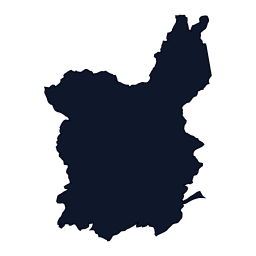 outline of Saboeiro, Ceará, Brazil
{"feature_id": "56859067B30594238017087", "entity_name": "Saboeiro", "entity_type": "district", "adm_level": 2, "iso_a3": "BRA", "parent_name": "Brazil", "parent_adm1": "Ceará", "projection": "mercator", "projection_center": [-39.88, -6.458], "detail": "fine", "context": "isolated", "style": "filled", "palette": "ink", "viewbox_px": 256, "rotation_deg": 0, "n_neighbors": 0, "source": "geoboundaries", "source_scale": "gbopen_adm2", "svg_char_len": 5548}
<svg xmlns="http://www.w3.org/2000/svg" viewBox="0 0 256 256"><path d="M176.0,16.0L176.1,17.9L177.2,19.2L176.7,20.7L176.7,22.3L175.7,24.0L175.0,25.3L174.2,26.4L173.7,27.7L172.9,29.2L172.5,31.2L170.2,32.9L168.0,33.3L167.9,34.8L167.4,36.0L167.0,38.2L168.0,40.0L166.8,41.8L165.1,41.6L163.5,41.4L163.1,43.4L162.1,45.5L162.2,47.1L161.0,49.4L161.5,51.7L159.9,52.8L158.1,52.5L156.8,53.7L155.0,54.5L154.6,56.5L156.5,57.8L156.7,59.7L157.1,61.3L156.3,64.4L155.6,65.4L155.3,67.1L153.6,68.5L153.0,70.2L151.9,71.6L151.0,73.3L149.8,75.5L150.9,76.8L150.8,78.7L149.7,80.7L148.8,81.8L147.2,83.1L144.7,83.1L142.3,82.7L140.4,83.4L138.3,84.1L136.2,85.5L134.1,85.5L132.0,85.5L130.6,86.6L129.2,87.4L128.2,85.4L126.0,85.4L124.5,84.9L122.8,84.4L121.1,83.4L119.8,82.7L118.1,82.6L117.5,81.2L115.9,80.6L116.7,79.3L115.3,75.7L113.2,75.9L112.2,74.7L110.8,74.4L109.0,73.6L106.8,72.2L105.5,71.4L104.1,72.0L102.8,71.9L101.4,71.8L100.2,72.3L98.7,72.9L96.8,73.8L94.8,74.0L93.6,74.7L92.5,73.3L91.4,71.8L89.9,71.6L88.3,70.5L87.0,69.8L85.5,69.7L84.4,70.5L82.6,71.6L81.4,72.6L79.2,72.4L77.5,72.2L76.1,71.3L75.3,72.6L74.1,72.0L72.6,71.7L71.1,70.6L68.9,71.6L66.6,73.2L65.0,74.2L64.1,75.5L64.8,77.4L61.2,79.8L61.2,81.1L60.8,82.7L59.5,84.0L58.1,85.2L56.9,86.1L54.9,87.2L54.3,85.6L52.8,85.3L51.0,86.4L49.9,87.8L48.4,88.0L46.6,87.7L45.0,87.5L45.6,89.1L45.3,90.8L45.0,92.5L46.2,95.2L47.0,97.0L47.7,98.7L48.1,100.5L49.0,102.3L50.5,103.7L51.8,104.1L52.9,104.7L53.5,106.2L54.4,108.6L55.5,110.1L57.4,111.3L59.7,111.8L61.7,112.6L63.5,113.7L64.8,114.7L65.9,115.7L67.5,116.2L69.2,118.0L69.7,120.3L67.5,120.7L65.7,120.2L63.9,121.2L62.7,122.8L61.5,124.7L61.1,126.1L60.3,127.2L60.8,128.5L60.1,130.6L60.4,132.1L61.4,133.8L59.8,135.0L58.5,136.6L57.8,138.5L58.5,140.5L57.0,141.9L57.4,143.5L58.3,144.4L57.8,145.7L56.5,147.0L56.9,148.2L57.2,149.9L58.4,151.6L60.1,152.9L59.5,154.7L59.6,156.3L61.0,157.3L62.5,159.2L64.0,160.5L64.5,164.1L67.5,164.5L68.6,165.5L68.5,167.7L67.4,169.4L66.8,171.6L67.1,172.9L69.0,174.6L68.9,177.5L70.1,180.0L70.3,181.3L70.7,183.2L68.9,184.3L67.0,185.2L65.8,185.9L64.6,186.7L65.2,188.2L67.1,188.5L68.7,188.9L68.0,190.1L65.9,191.4L64.1,192.2L61.3,194.2L59.5,195.0L58.1,196.2L56.9,201.3L57.9,202.7L60.4,202.8L61.8,202.5L63.1,202.7L64.9,203.6L65.6,206.0L66.1,207.8L65.5,209.8L62.8,213.4L62.0,215.8L61.1,217.3L59.9,218.3L58.5,221.0L58.1,222.3L58.1,224.2L59.3,224.7L60.7,224.3L59.4,226.6L61.3,227.8L63.8,225.6L64.8,223.5L68.6,223.5L69.6,225.0L71.3,224.8L73.5,223.6L75.6,223.9L77.0,225.8L78.8,228.8L80.2,230.1L81.3,228.7L83.0,228.4L84.9,228.3L86.9,227.4L88.3,226.5L88.5,224.4L88.9,223.1L91.2,223.1L93.0,222.3L93.5,224.0L93.2,225.2L92.8,226.7L92.0,228.2L90.7,229.6L92.6,229.4L94.4,229.8L95.3,231.0L95.7,232.7L96.9,233.4L98.4,233.7L98.8,235.1L99.1,236.5L100.7,236.5L102.9,237.4L104.3,238.0L105.7,238.9L107.1,239.3L107.9,240.6L109.3,240.3L110.6,238.7L111.3,237.3L112.1,236.0L113.4,234.8L115.1,234.5L117.3,233.8L118.6,232.9L119.6,231.9L120.8,230.7L122.5,230.5L124.8,230.2L126.5,228.8L129.1,227.7L130.5,226.9L131.6,226.3L132.8,225.7L133.8,225.0L135.4,224.0L136.6,223.1L138.4,222.5L138.1,223.8L136.8,225.1L136.9,226.7L138.3,226.6L140.4,226.1L141.8,225.2L142.6,226.6L144.5,226.2L146.2,225.6L147.4,224.2L148.8,224.4L149.6,225.9L152.8,226.3L154.1,227.1L154.9,228.9L155.3,230.9L155.6,232.4L155.2,234.1L156.2,235.6L157.5,234.5L159.9,233.4L161.9,232.5L163.3,231.8L164.5,231.2L166.4,230.0L167.3,228.8L168.5,227.6L171.2,225.1L172.4,223.7L174.1,223.1L176.9,222.5L178.2,221.8L179.8,219.6L181.0,218.3L181.7,216.7L181.8,213.2L180.7,211.7L180.0,210.1L180.8,208.5L182.1,207.3L183.2,206.0L182.3,203.8L183.6,203.3L185.1,203.2L187.1,202.3L188.3,201.4L189.6,200.8L191.0,200.0L192.6,199.2L194.6,198.5L199.0,197.2L203.8,197.4L202.4,196.4L201.7,195.3L201.1,194.2L200.4,193.0L199.7,191.7L197.7,192.4L196.2,193.3L195.2,194.1L193.1,195.5L190.9,196.7L188.9,198.2L187.9,199.1L186.5,199.9L184.8,200.6L183.0,201.7L181.4,199.7L182.8,197.9L183.4,195.9L182.5,194.5L185.9,191.3L186.9,189.7L187.4,188.2L186.6,187.0L185.2,186.6L183.8,185.3L186.4,183.8L188.4,183.1L190.1,183.6L192.2,182.5L191.6,180.6L192.6,177.5L192.9,175.7L194.0,175.0L196.3,174.4L197.6,172.7L198.0,170.3L198.4,168.9L199.4,167.7L200.8,166.6L202.2,165.6L202.2,163.7L200.8,163.4L199.2,163.1L197.9,161.9L196.8,159.8L195.2,158.1L194.7,156.8L193.4,156.5L192.7,155.1L192.8,152.8L193.9,150.5L195.6,149.1L198.3,147.8L200.8,146.6L202.1,145.9L203.6,144.3L202.3,142.9L200.4,141.8L199.2,141.3L198.1,140.2L197.6,138.9L196.2,138.8L194.9,138.0L193.6,136.8L192.1,136.2L190.4,135.7L188.8,134.7L187.2,133.6L185.9,133.4L184.9,132.4L184.4,131.2L183.7,129.7L183.4,128.3L183.7,126.8L184.1,124.8L185.5,122.9L186.0,120.8L184.7,119.5L182.4,116.5L181.6,114.8L182.3,113.6L181.9,111.8L182.3,110.2L181.3,107.8L182.1,106.2L183.0,105.1L184.3,104.0L185.7,102.9L187.0,102.2L189.0,101.9L190.3,100.4L191.4,99.0L192.3,97.5L194.2,96.1L195.9,95.7L197.0,93.8L197.2,92.0L197.6,90.8L199.3,90.3L200.8,89.2L202.9,89.1L203.2,87.5L204.5,86.8L205.1,85.6L206.7,84.0L208.7,83.4L208.0,81.1L208.6,78.7L209.7,77.1L211.0,75.6L205.7,45.1L204.9,43.9L203.2,44.6L201.9,42.8L201.9,41.3L200.9,40.0L199.9,39.0L199.8,37.4L200.3,35.2L199.9,33.5L200.5,32.1L202.0,30.9L203.3,29.7L204.6,28.9L205.7,27.6L206.7,24.8L207.2,22.8L208.2,21.4L208.3,19.8L207.8,18.1L207.0,16.5L205.6,16.2L202.3,16.6L200.8,17.4L199.9,18.6L199.9,19.9L200.4,22.6L199.2,23.1L197.4,24.0L194.1,25.6L192.8,25.9L192.1,27.4L191.6,28.7L191.0,30.8L188.3,30.3L188.1,28.5L187.8,26.5L187.4,24.7L186.6,22.5L186.9,20.3L186.8,18.0L185.1,17.4L184.6,15.6L183.2,15.6L181.7,15.8L179.9,15.4L178.7,16.1L176.0,16.0Z" fill="#0f172a" stroke="#020617" stroke-width="1.5"/></svg>